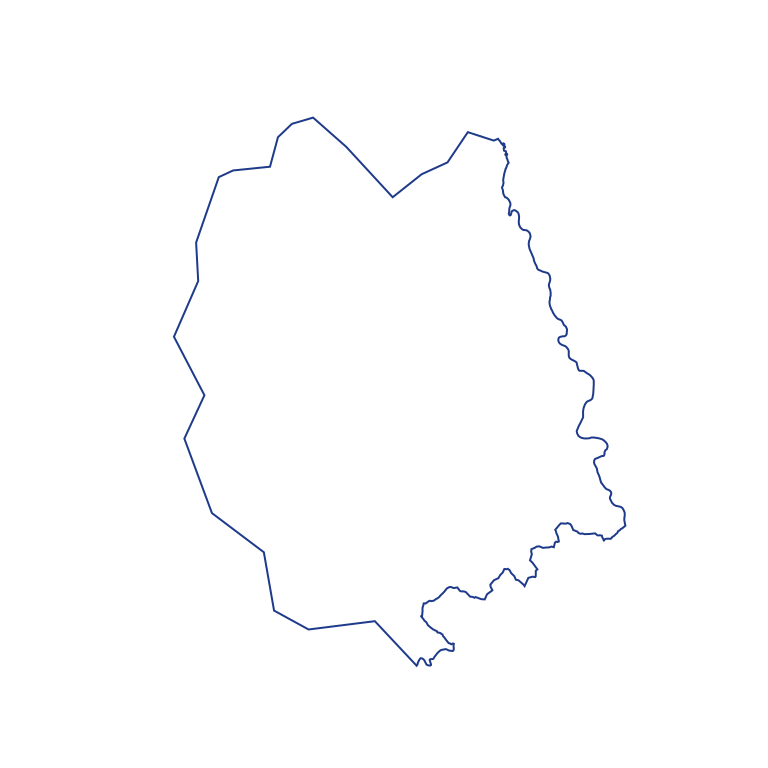 outline of Xu'der, Selenge, Mongolia, rotated 65°
{"feature_id": "93677404B85360121708910", "entity_name": "Xu'der", "entity_type": "district", "adm_level": 2, "iso_a3": "MNG", "parent_name": "Mongolia", "parent_adm1": "Selenge", "projection": "equal_earth", "projection_center": [107.738, 49.736], "detail": "fine", "context": "isolated", "style": "outline", "palette": "blue", "viewbox_px": 768, "rotation_deg": 65, "n_neighbors": 0, "source": "geoboundaries", "source_scale": "gbopen_adm2", "svg_char_len": 6141}
<svg xmlns="http://www.w3.org/2000/svg" viewBox="0 0 768 768"><g transform="rotate(65 384 384)"><path d="M112.6,335.7L109.3,357.5L115.5,375.8L138.9,395.5L126.7,430.5L126.7,446.3L176.4,494.5L212.2,508.9L252.4,554.4L318.3,551.5L349.1,588.0L428.3,594.5L485.7,564.0L542.9,579.4L574.6,556.1L595.1,492.5L653.1,473.5L652.5,472.4L652.4,472.4L651.1,471.2L649.0,468.8L648.0,466.8L648.1,466.4L648.9,465.4L649.8,464.8L651.4,464.2L655.9,464.1L656.8,463.7L657.7,462.8L658.7,461.2L658.7,460.7L658.6,460.3L658.1,459.9L653.5,459.3L653.1,458.9L653.0,458.4L653.9,455.9L653.9,455.4L652.7,453.7L650.3,449.0L649.2,445.3L649.4,443.5L649.7,442.9L650.3,440.2L651.1,439.3L652.9,437.9L655.0,434.7L654.8,433.7L654.2,433.1L652.9,432.4L651.1,431.8L649.7,431.1L649.0,430.5L648.6,430.8L648.5,431.4L648.2,431.7L648.3,433.1L646.8,434.0L646.2,434.9L643.8,435.5L643.4,435.5L642.8,435.8L641.8,435.9L641.6,436.0L640.0,436.3L638.8,436.5L638.0,436.9L637.0,437.0L636.5,436.9L635.6,436.9L634.7,437.7L633.9,437.9L633.5,438.2L632.5,439.4L632.2,440.0L631.8,440.5L631.5,440.6L630.6,440.5L630.0,440.7L629.1,441.7L627.0,443.3L625.0,444.3L624.4,444.7L623.7,444.9L622.9,445.4L621.9,445.7L621.1,446.2L619.3,446.2L617.5,446.4L615.6,447.4L613.9,447.6L611.8,448.1L610.4,448.5L610.2,448.5L610.2,448.2L610.3,448.0L610.6,447.9L610.6,447.7L606.6,445.3L603.1,443.7L601.0,441.7L599.6,440.8L599.6,440.5L600.5,439.1L599.7,434.6L599.9,433.9L600.9,432.7L601.4,430.2L600.8,427.6L600.9,426.2L600.3,423.7L599.8,422.9L598.0,417.8L595.8,413.3L595.7,410.2L596.5,408.9L598.4,407.1L599.4,403.5L603.4,402.7L604.5,401.8L605.7,399.3L607.1,397.8L613.1,395.8L614.3,393.8L616.0,392.3L615.8,391.0L620.1,386.8L621.8,383.7L618.1,379.5L616.9,373.4L616.7,372.9L613.0,373.1L610.8,372.4L608.3,367.2L608.3,362.3L606.4,359.7L605.0,356.0L602.5,353.1L603.7,351.1L603.8,349.9L605.9,348.8L609.1,348.7L613.2,347.1L617.1,347.2L618.7,345.1L624.7,342.4L626.6,342.0L620.7,335.1L621.4,330.8L622.9,328.6L622.4,327.8L617.4,325.3L616.8,323.3L608.5,325.0L605.5,326.2L600.7,321.9L598.2,321.5L596.0,320.2L596.2,316.4L595.8,314.6L596.8,311.8L599.7,309.2L600.7,306.2L601.8,303.6L602.2,300.8L603.7,299.1L600.1,296.2L599.6,294.7L600.5,293.6L600.6,292.1L595.6,290.8L593.0,290.8L592.0,290.8L590.0,290.4L588.5,290.4L585.6,284.2L585.1,282.5L587.4,278.3L587.6,276.4L589.7,274.4L592.0,274.0L596.3,274.2L599.5,271.1L601.3,270.7L602.9,269.0L603.4,267.2L604.8,265.8L606.7,261.3L608.6,255.8L611.2,254.6L612.0,253.5L612.2,252.4L613.5,250.6L615.3,251.0L617.4,250.8L619.5,251.0L618.3,250.3L618.0,249.2L618.3,247.7L620.1,243.9L619.1,241.6L618.8,239.3L618.5,238.5L618.1,237.7L617.8,236.2L617.5,235.5L617.1,234.8L616.4,234.2L616.1,232.0L615.5,230.5L615.5,229.3L615.3,228.2L614.4,225.1L609.0,223.8L607.2,222.9L604.4,221.1L602.1,220.2L599.4,220.1L597.0,220.4L595.3,221.5L592.3,225.4L590.9,226.5L588.3,227.5L583.7,227.7L582.7,227.4L581.8,226.8L580.1,224.8L578.2,223.9L576.5,224.2L574.9,225.2L573.3,226.8L571.1,227.6L564.9,228.9L559.6,228.0L557.5,227.8L554.2,227.8L552.8,227.4L550.3,226.8L545.7,227.1L544.1,226.9L542.3,225.9L541.1,224.5L541.3,221.4L541.3,218.3L541.4,216.9L542.0,215.3L541.0,213.9L538.9,212.9L538.1,212.0L537.5,211.0L537.3,209.7L535.8,208.2L535.1,207.8L534.2,207.4L532.3,207.2L530.2,207.7L527.8,208.7L526.4,209.6L524.7,211.4L523.6,212.8L521.6,215.8L520.3,218.2L520.1,219.0L520.0,220.7L518.7,224.1L517.7,225.9L516.3,227.7L514.9,228.8L513.1,229.7L510.4,229.8L508.5,229.4L507.8,229.0L505.8,226.7L505.0,226.0L501.7,221.7L498.3,217.6L492.6,215.0L490.0,213.1L487.4,210.5L485.8,207.7L485.8,203.2L485.4,201.9L484.8,201.0L480.8,198.2L472.7,193.9L469.4,192.4L468.1,192.3L466.7,192.4L464.0,193.2L462.5,193.8L460.3,195.3L456.6,197.4L456.0,198.3L454.8,201.0L454.0,201.6L452.0,201.6L449.3,201.1L446.6,200.5L445.7,200.5L444.8,200.8L440.9,203.8L439.5,204.6L438.5,204.9L436.8,204.7L435.7,204.3L434.1,203.5L432.4,202.7L431.5,202.5L430.1,202.5L427.8,203.0L426.2,203.8L423.8,206.2L421.7,207.5L420.0,207.9L418.2,207.6L417.1,207.1L416.0,206.0L415.7,204.5L416.2,202.3L417.0,200.2L417.0,199.3L416.7,198.4L416.0,197.4L415.5,197.1L414.0,196.3L412.9,195.6L411.7,195.0L408.9,194.9L406.5,196.0L404.2,196.0L403.4,196.0L402.3,196.1L401.5,196.3L400.7,196.7L398.7,198.7L397.4,199.4L394.1,200.3L390.7,200.7L388.0,200.6L387.4,200.8L383.1,200.5L381.3,200.0L379.4,199.3L377.6,197.9L375.8,197.0L375.3,196.5L374.7,195.9L374.3,195.6L371.4,194.3L368.7,193.5L366.8,193.5L364.8,193.1L364.0,192.7L363.0,192.1L361.5,190.6L360.4,189.7L359.1,188.9L356.6,188.2L355.7,188.1L353.7,188.3L353.0,188.5L352.5,188.9L351.9,189.5L349.3,192.6L345.7,195.8L345.0,196.1L344.1,196.3L341.5,195.9L338.7,196.1L337.1,196.0L335.4,195.9L333.6,195.3L328.0,195.1L323.3,195.0L319.7,194.2L317.7,193.4L315.5,191.9L314.7,190.9L312.4,188.9L310.2,188.3L308.8,188.2L308.1,188.3L307.2,188.6L305.9,189.2L305.1,189.7L304.4,190.7L303.3,192.6L301.9,193.5L299.6,194.3L296.9,194.3L294.5,193.6L289.6,190.9L287.1,190.2L285.8,190.1L285.0,190.2L283.8,190.7L282.1,191.7L281.4,192.6L281.3,194.6L281.7,195.4L282.4,196.0L284.3,197.6L284.5,198.4L284.3,198.8L283.7,199.0L282.5,199.0L280.7,197.7L278.2,196.4L276.9,195.4L275.7,194.1L274.9,193.6L273.2,193.0L271.4,193.0L269.3,193.2L267.7,193.8L266.9,194.2L265.9,195.3L263.0,195.5L261.7,195.4L258.9,194.4L256.0,194.1L255.6,193.9L255.4,193.6L254.4,192.3L251.9,190.5L249.9,190.0L248.6,189.2L244.2,186.1L242.9,185.0L241.4,183.6L240.8,183.3L240.5,183.0L240.2,182.4L237.4,179.6L236.6,178.5L236.4,177.8L236.3,177.6L236.0,177.5L235.2,177.5L234.5,177.6L232.3,177.2L231.6,177.3L230.9,177.2L230.1,177.0L228.9,176.6L228.6,176.3L228.2,175.4L227.9,175.3L227.6,175.2L227.3,175.4L227.2,175.7L227.3,176.1L228.0,176.9L227.8,177.1L227.4,177.1L227.0,176.8L226.0,175.7L225.4,175.3L224.6,175.2L224.3,175.5L223.7,176.2L223.3,176.6L222.5,176.5L221.7,176.1L220.7,175.8L220.5,175.6L220.7,174.8L220.8,174.4L220.4,174.0L219.8,173.9L219.5,174.1L218.9,174.4L218.1,175.3L217.8,175.4L217.6,175.4L217.3,175.2L217.4,174.9L217.7,173.9L217.6,173.6L217.2,173.5L216.9,173.7L216.4,174.0L216.1,175.8L215.8,176.0L213.1,176.2L211.9,176.6L211.1,176.8L210.4,177.0L210.0,177.0L209.9,177.8L209.9,179.0L209.8,181.6L191.2,201.6L210.0,232.8L209.8,261.2L218.4,297.2L153.1,318.0L112.6,335.7Z" fill="none" stroke="#1e3a8a" stroke-width="2"/></g></svg>